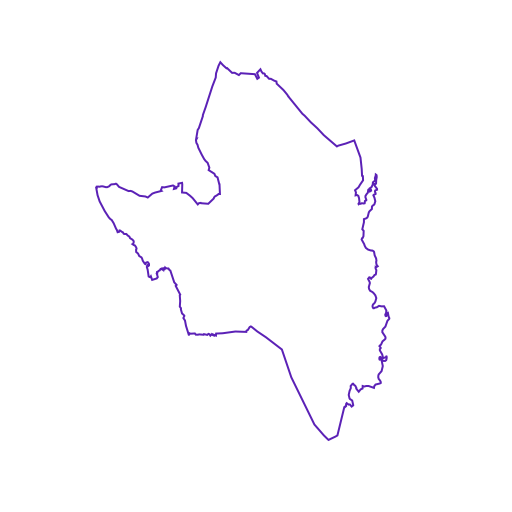 Kombuļu pag., Kraslavas, Latvia (Natural Earth projection), rotated 75°
{"feature_id": "27541924B40746189517992", "entity_name": "Kombuļu pag.", "entity_type": "district", "adm_level": 2, "iso_a3": "LVA", "parent_name": "Latvia", "parent_adm1": "Kraslavas", "projection": "natural_earth1", "projection_center": [27.23, 55.975], "detail": "fine", "context": "isolated", "style": "outline", "palette": "violet", "viewbox_px": 512, "rotation_deg": 75, "n_neighbors": 0, "source": "geoboundaries", "source_scale": "gbopen_adm2", "svg_char_len": 6136}
<svg xmlns="http://www.w3.org/2000/svg" viewBox="0 0 512 512"><g transform="rotate(75 256 256)"><path d="M326.8,285.0L325.8,284.6L325.5,284.1L325.4,283.1L323.0,280.5L322.7,279.2L323.7,278.3L329.2,274.3L337.1,267.4L353.0,255.2L382.3,253.3L433.9,243.2L446.8,236.9L452.4,233.6L451.0,226.0L450.4,223.8L424.8,209.8L424.3,208.6L424.7,208.6L424.3,207.8L422.3,207.3L421.6,206.5L423.5,205.0L423.6,204.1L423.9,203.6L426.2,202.6L425.6,201.1L425.3,200.7L420.5,200.5L418.4,202.3L417.8,202.5L414.2,202.4L410.5,200.5L408.1,198.6L406.1,198.2L404.4,195.8L404.5,195.2L406.0,194.6L407.0,193.7L409.4,193.2L410.0,193.5L413.7,191.9L411.9,189.4L411.6,187.4L409.2,186.6L410.1,185.2L410.1,183.3L410.7,180.9L413.9,176.2L412.4,175.5L411.1,173.8L411.2,169.8L411.1,168.8L410.9,168.3L409.9,168.1L408.4,168.4L406.5,169.3L404.7,169.3L403.0,168.7L402.1,168.1L399.7,164.5L395.5,162.2L394.9,162.0L389.6,161.7L389.6,161.1L390.3,160.1L390.8,158.4L390.3,157.2L389.1,156.5L387.5,155.9L386.8,155.9L386.7,156.1L387.3,156.8L387.5,157.3L387.4,159.1L387.9,160.3L387.7,161.2L388.3,161.8L387.3,162.5L388.1,163.3L387.9,163.5L386.5,163.3L385.7,162.7L385.7,162.0L387.1,161.3L387.3,161.0L386.7,160.1L385.8,159.6L383.7,159.6L379.2,160.8L378.0,160.5L377.4,159.5L376.9,159.3L375.0,160.1L374.6,159.7L374.0,158.2L371.2,155.9L370.0,153.3L369.4,152.4L368.3,152.0L367.4,152.0L362.3,153.7L360.6,153.2L359.4,152.1L357.7,149.3L352.6,145.8L351.2,143.6L350.6,143.3L348.6,143.6L344.9,143.3L344.9,143.7L345.2,144.1L347.7,145.7L347.7,146.1L347.2,146.4L346.1,146.3L344.5,145.0L342.3,144.2L337.7,145.3L337.2,147.6L336.0,150.1L336.8,152.5L336.7,154.4L337.0,155.6L336.8,156.2L335.8,156.5L334.9,156.5L333.9,156.1L333.1,155.5L332.2,153.8L330.9,152.5L327.8,150.7L324.9,150.9L322.7,151.8L321.0,152.8L319.1,154.8L317.0,155.3L315.2,155.1L311.6,153.0L310.3,153.0L307.1,153.7L305.9,152.1L306.1,151.6L307.5,151.0L307.8,150.7L307.2,150.1L306.2,147.8L305.0,146.4L304.9,145.2L304.4,144.8L300.8,143.4L299.2,143.7L298.2,143.6L298.0,143.3L297.6,143.2L297.9,142.9L297.9,142.7L297.4,141.1L296.1,141.7L294.8,141.8L292.8,141.5L291.8,140.9L289.4,140.6L286.1,141.2L282.6,140.9L282.0,141.1L281.0,142.0L280.6,142.7L280.6,143.3L278.8,146.1L276.6,147.8L274.0,148.4L272.7,148.4L267.4,149.7L266.3,149.0L266.2,148.3L264.7,147.1L259.6,145.5L257.7,146.4L251.3,143.0L248.3,142.2L248.2,140.1L247.7,138.6L246.8,137.8L243.0,135.7L242.1,134.7L240.6,131.9L238.3,131.2L237.6,130.4L237.1,128.9L236.6,128.2L234.0,126.6L230.4,126.5L227.7,126.9L227.3,126.3L227.1,124.5L226.3,124.2L224.8,124.5L223.7,124.0L223.5,123.7L223.3,121.9L222.4,121.7L219.0,123.1L217.4,123.3L217.0,123.0L217.5,122.0L217.1,121.3L213.6,120.2L211.1,119.0L209.7,118.7L208.9,118.7L208.3,119.2L209.2,119.5L211.5,121.0L213.0,121.2L214.0,121.6L215.1,124.0L217.1,124.7L219.3,126.5L220.0,128.4L221.9,127.8L222.7,127.9L223.2,129.5L222.6,129.9L221.4,129.6L220.9,130.1L221.2,130.5L223.8,131.6L224.8,133.1L226.3,134.7L227.5,135.1L230.4,134.9L230.8,135.1L230.8,136.0L231.0,136.5L233.2,137.4L233.2,138.3L232.4,140.1L232.7,141.4L232.2,142.2L232.6,143.4L232.1,143.5L230.7,142.1L226.8,141.5L224.4,141.6L223.9,142.0L222.9,143.0L222.8,143.4L223.2,143.7L223.2,144.1L220.4,143.0L218.1,143.3L216.2,139.2L214.1,137.1L210.6,133.0L206.5,132.1L206.0,132.8L199.4,131.4L188.0,129.6L169.8,131.2L170.6,140.1L170.7,148.0L171.1,149.5L156.9,159.2L148.5,163.7L141.1,168.4L133.1,172.7L130.6,174.4L110.5,183.4L110.3,183.3L109.7,183.7L108.4,184.0L102.9,186.5L94.9,191.4L92.7,191.1L91.4,193.0L88.7,195.8L88.2,197.5L84.9,199.2L84.4,200.4L82.5,200.4L81.7,201.0L81.4,202.1L79.2,203.0L76.8,203.4L79.4,207.6L84.5,207.0L85.2,208.9L80.1,210.0L75.5,223.4L76.8,225.7L73.5,229.2L72.9,231.7L67.0,235.3L67.1,235.9L63.1,238.5L59.6,240.3L62.5,242.9L69.2,247.3L73.2,248.7L80.9,254.3L99.2,266.1L106.2,270.9L107.1,271.1L117.7,278.1L119.1,279.7L127.4,283.5L127.4,283.0L128.5,284.0L131.3,284.3L133.4,283.7L136.5,283.7L144.0,282.2L148.9,281.0L151.1,280.1L153.5,278.6L158.6,278.2L160.8,279.5L165.8,274.9L168.2,274.6L170.1,272.8L177.2,272.9L177.3,272.7L186.8,274.8L186.4,276.2L186.9,277.0L187.6,279.2L187.7,280.0L188.6,281.4L189.5,281.9L193.2,288.6L190.8,295.4L190.4,295.6L190.2,297.4L191.1,298.9L183.7,302.2L180.6,304.2L177.0,307.0L175.5,311.0L167.8,308.7L166.2,308.5L166.0,312.2L168.3,312.7L169.0,315.3L170.0,315.5L170.0,317.9L167.7,316.6L166.4,317.9L166.0,326.8L165.2,328.9L167.9,330.9L168.7,330.4L168.6,337.0L168.9,340.0L171.5,345.4L169.9,347.4L167.7,352.9L161.7,358.7L160.7,360.2L160.3,362.3L153.8,370.4L150.8,371.8L149.9,372.6L150.0,373.9L149.4,377.2L149.7,378.3L150.6,379.6L151.0,381.8L150.7,383.1L149.0,386.1L148.6,387.6L148.6,389.2L148.1,390.4L147.8,391.8L149.0,392.2L148.8,392.7L156.2,393.3L162.8,392.9L173.4,390.5L180.6,388.2L182.7,387.1L183.8,386.1L187.5,385.0L193.5,384.1L194.6,383.7L197.2,383.5L197.2,382.0L196.0,381.3L196.0,381.0L196.4,380.5L197.9,379.4L198.6,378.5L200.3,378.0L200.8,377.1L201.1,375.7L201.4,375.4L202.9,374.7L204.5,373.3L206.2,373.0L208.1,371.2L209.6,370.4L210.7,370.4L212.4,371.4L212.6,372.2L213.7,371.3L214.5,370.2L216.7,369.5L218.1,369.5L218.8,370.2L221.1,370.7L223.1,369.3L225.8,368.8L227.7,367.0L228.9,366.7L231.3,366.6L234.8,365.4L235.2,364.9L234.0,364.0L233.8,362.6L234.0,362.1L234.9,361.7L236.0,361.4L237.4,361.8L237.7,362.3L236.8,362.6L236.6,362.8L236.7,363.1L237.5,363.9L238.4,364.3L241.2,364.2L248.0,365.0L248.8,364.2L249.1,363.6L248.4,362.8L252.2,362.5L252.0,357.7L250.9,356.3L248.0,356.4L248.1,356.2L247.8,356.0L246.4,356.0L245.9,355.8L246.0,355.2L245.1,353.9L245.0,352.8L244.4,352.2L244.3,351.6L243.8,351.4L243.9,350.6L244.4,350.2L243.8,350.3L243.6,350.0L243.9,349.2L243.9,348.2L245.3,348.3L245.4,348.0L244.9,347.3L243.7,346.7L244.2,346.4L245.2,344.7L245.4,343.8L247.2,343.2L247.9,342.5L260.3,341.8L263.4,340.2L264.1,341.3L273.7,339.2L274.2,339.8L279.9,340.9L285.2,342.7L287.0,342.0L288.3,342.4L292.4,342.3L294.2,341.1L295.3,340.7L297.1,342.2L300.0,341.3L305.4,341.7L315.4,341.3L313.2,340.5L314.1,339.4L315.0,335.1L316.4,334.5L316.6,333.7L317.0,332.5L317.0,331.2L318.5,327.0L318.0,326.5L319.6,323.5L318.9,322.1L319.5,321.2L321.1,320.7L320.3,319.4L321.5,317.8L320.6,317.9L322.5,315.3L320.6,314.6L322.0,308.2L323.6,295.5L326.8,285.0Z" fill="none" stroke="#5b21b6" stroke-width="2"/></g></svg>